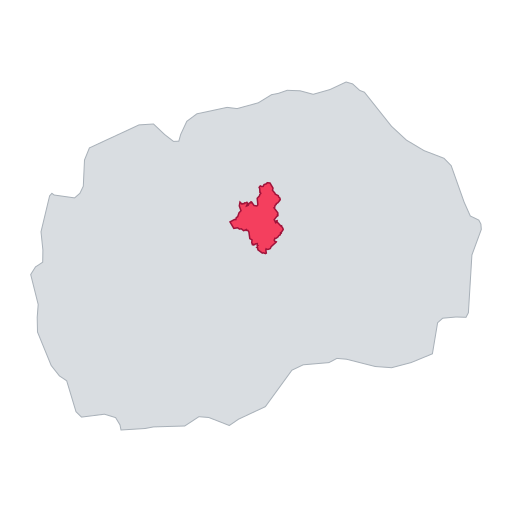 Veles, Veles, North Macedonia shown in context
{"feature_id": "65306769B79358437937603", "entity_name": "Veles", "entity_type": "district", "adm_level": 2, "iso_a3": "MKD", "parent_name": "North Macedonia", "parent_adm1": "Veles", "projection": "equal_earth", "projection_center": [21.761, 41.766], "detail": "fine", "context": "in_parent", "style": "filled", "palette": "rose", "viewbox_px": 512, "rotation_deg": 0, "n_neighbors": 0, "source": "geoboundaries", "source_scale": "gbopen_adm2", "svg_char_len": 2659}
<svg xmlns="http://www.w3.org/2000/svg" viewBox="0 0 512 512"><path d="M227.3,107.4L237.1,108.6L258.3,102.8L271.5,94.7L278.3,93.4L287.2,90.3L300.1,90.8L313.2,94.3L329.8,89.6L346.1,82.0L352.6,83.9L359.7,90.4L364.4,92.2L391.5,126.3L406.4,140.1L424.0,150.6L444.0,158.3L451.2,165.7L464.1,202.1L470.3,216.0L478.8,220.1L480.9,224.1L481.3,229.4L471.9,255.0L468.4,312.7L466.0,317.3L456.0,317.0L442.7,318.2L437.6,322.7L432.4,353.8L411.0,362.6L391.6,367.7L375.2,366.5L346.4,359.2L336.9,358.4L328.9,362.6L303.2,364.8L291.9,370.2L265.4,406.6L238.5,419.2L229.3,425.5L208.8,417.5L198.9,416.7L184.7,426.0L153.5,426.9L145.1,428.5L121.0,430.0L120.0,424.9L115.6,417.6L104.4,414.2L81.5,417.1L76.0,411.7L66.7,380.8L59.4,375.9L51.2,365.5L37.5,332.0L37.2,317.3L38.2,304.5L30.7,274.5L35.5,266.9L42.7,262.2L42.9,250.1L41.0,231.8L49.6,195.9L51.9,193.3L54.1,195.0L74.6,197.9L79.9,193.3L83.3,186.2L84.5,160.0L89.4,147.9L139.0,124.9L153.5,124.0L164.7,134.6L173.5,141.4L178.8,141.2L180.7,134.4L186.8,121.3L196.9,113.8L227.0,107.4L227.3,107.4Z" fill="#d9dde1" stroke="#a8b0b8" stroke-width="1"/><path d="M270.0,183.0L267.2,182.7L266.5,183.7L264.0,184.6L263.2,186.4L261.6,186.5L260.3,185.9L259.1,187.4L259.7,188.6L259.9,192.3L260.3,192.3L260.8,193.4L259.8,194.5L259.5,195.8L257.2,198.3L257.8,204.2L257.7,205.1L256.8,206.0L254.0,205.5L251.6,202.0L251.0,201.8L250.8,202.9L250.0,202.7L249.2,203.2L248.2,205.3L246.5,206.0L246.8,205.1L248.0,203.9L246.9,202.3L246.2,202.9L244.5,202.9L243.9,203.8L242.8,203.6L242.0,204.1L240.0,202.1L239.3,205.9L241.0,210.7L239.0,212.8L237.7,216.7L236.3,217.6L235.8,219.6L234.5,219.5L230.0,221.9L233.8,228.4L237.6,227.8L239.5,229.1L241.3,228.8L243.7,230.7L246.2,229.6L246.2,230.4L247.7,230.3L248.9,232.0L249.8,238.6L252.0,239.9L251.7,242.9L252.4,243.8L252.3,244.6L253.3,245.0L253.9,244.3L254.6,244.7L255.6,243.8L257.3,243.6L257.2,245.1L257.7,245.4L257.3,245.6L257.4,247.2L256.9,247.5L257.7,248.0L257.9,249.8L262.3,253.1L263.3,252.8L265.5,253.6L266.3,253.1L265.8,249.7L266.1,248.9L266.7,249.4L268.5,249.3L270.3,248.5L271.1,246.7L276.1,242.2L276.3,241.8L274.8,241.3L274.2,240.2L274.8,238.3L275.5,238.5L276.5,238.0L277.9,237.0L278.9,235.5L280.2,234.9L280.5,233.5L281.1,233.3L280.7,232.6L281.3,232.4L283.2,229.6L282.9,228.3L281.5,226.2L281.5,225.8L280.9,226.0L277.5,222.4L277.0,222.4L277.1,220.7L275.5,221.2L276.3,222.4L275.7,222.8L274.2,219.7L276.7,216.5L277.9,215.7L277.4,214.9L277.9,214.5L277.8,212.8L274.0,207.8L274.7,207.4L275.0,205.5L276.2,204.4L276.3,203.6L277.8,202.8L279.8,200.4L279.6,200.1L280.2,199.6L279.9,198.1L278.6,196.9L278.3,195.7L275.2,194.1L275.0,193.3L272.5,190.3L273.0,188.1L270.0,183.0Z" fill="#f43f5e" stroke="#9f1239" stroke-width="1.5"/></svg>